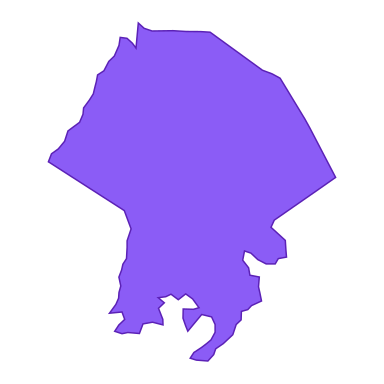 outline of Martins, Rio Grande do Norte, Brazil
{"feature_id": "56859067B36328253412822", "entity_name": "Martins", "entity_type": "district", "adm_level": 2, "iso_a3": "BRA", "parent_name": "Brazil", "parent_adm1": "Rio Grande do Norte", "projection": "orthographic", "projection_center": [-37.912, -6.09], "detail": "fine", "context": "isolated", "style": "filled", "palette": "violet", "viewbox_px": 384, "rotation_deg": 0, "n_neighbors": 0, "source": "geoboundaries", "source_scale": "gbopen_adm2", "svg_char_len": 1441}
<svg xmlns="http://www.w3.org/2000/svg" viewBox="0 0 384 384"><path d="M223.3,343.6L232.8,334.7L236.2,324.5L241.1,319.9L241.4,311.4L247.8,309.6L251.5,305.6L261.5,301.0L259.9,293.0L258.5,286.8L259.3,277.0L249.9,275.2L248.6,267.8L242.7,260.2L244.5,251.0L250.9,253.1L257.8,259.6L266.1,263.9L275.2,263.9L278.3,258.6L286.5,257.1L285.9,249.8L285.3,240.4L271.0,227.3L274.3,220.1L318.5,189.4L335.6,177.4L309.9,128.1L304.8,118.9L280.1,78.2L272.2,73.9L262.4,70.2L210.1,32.2L200.6,31.6L186.3,31.5L173.1,30.7L152.1,31.0L144.1,28.3L138.3,23.0L136.0,48.1L132.4,43.2L127.0,38.3L120.2,37.4L119.0,45.4L114.3,56.1L108.8,61.4L103.9,70.8L97.6,74.9L96.3,81.8L94.8,87.6L93.3,93.9L89.3,100.2L83.6,107.9L83.0,114.3L79.6,122.3L68.0,130.9L64.6,141.3L58.3,148.9L51.5,153.8L48.4,161.8L124.3,210.6L131.1,228.9L127.1,240.8L127.1,247.4L126.5,258.6L122.9,264.2L121.6,270.0L118.9,277.1L120.8,286.0L119.0,292.4L118.6,298.2L115.9,304.4L109.5,313.2L122.0,312.0L124.7,319.4L118.9,324.9L114.7,331.3L122.0,333.7L127.8,332.5L139.4,333.5L143.0,323.9L152.5,322.2L163.0,324.9L162.8,319.3L158.5,308.3L164.3,302.8L158.2,297.7L165.8,296.7L171.0,294.2L178.3,299.7L185.7,293.9L192.6,298.9L199.0,307.7L193.5,309.3L183.2,309.0L183.0,318.2L185.6,325.7L187.8,331.2L201.7,314.5L211.6,316.9L215.1,324.5L215.1,332.3L211.0,339.9L206.6,343.6L201.5,347.5L193.9,352.5L190.2,358.2L196.3,360.1L207.9,361.0L213.7,354.6L215.7,348.8L223.3,343.6Z" fill="#8b5cf6" stroke="#5b21b6" stroke-width="1.5"/></svg>